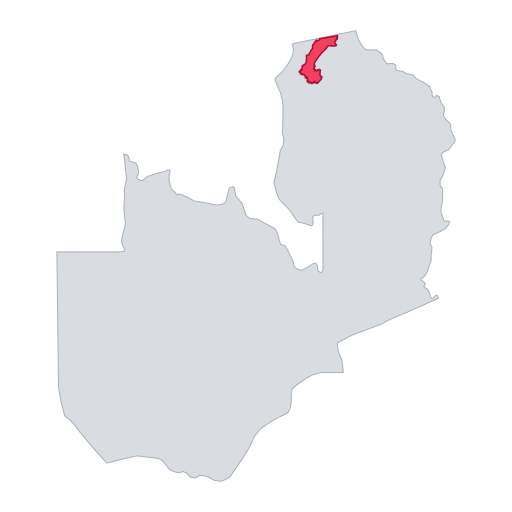 Kaputa, Northern, Zambia shown in context
{"feature_id": "96606910B91372429992286", "entity_name": "Kaputa", "entity_type": "district", "adm_level": 2, "iso_a3": "ZMB", "parent_name": "Zambia", "parent_adm1": "Northern", "projection": "equal_earth", "projection_center": [29.552, -8.814], "detail": "fine", "context": "in_parent", "style": "filled", "palette": "rose", "viewbox_px": 512, "rotation_deg": 0, "n_neighbors": 0, "source": "geoboundaries", "source_scale": "gbopen_adm2", "svg_char_len": 7726}
<svg xmlns="http://www.w3.org/2000/svg" viewBox="0 0 512 512"><path d="M343.2,372.5L320.7,372.6L312.5,374.9L305.7,378.6L297.7,384.2L293.0,388.2L291.8,390.4L291.1,395.2L291.2,402.6L290.3,408.0L287.9,412.9L275.7,418.8L267.8,423.7L260.0,429.4L254.1,436.9L250.1,446.0L243.4,457.3L229.5,477.5L221.4,481.3L214.6,480.4L206.3,476.2L199.8,475.4L195.0,478.0L190.5,477.2L186.4,473.0L182.9,471.4L180.2,472.6L176.6,472.4L170.1,470.1L164.4,462.9L161.4,459.9L159.0,458.7L152.3,457.6L136.8,455.9L120.8,459.5L106.8,463.1L92.3,447.1L78.2,430.1L75.3,425.7L70.0,420.0L66.2,417.3L64.7,415.8L60.8,400.7L58.5,386.7L56.9,251.9L120.3,251.9L124.4,251.3L124.6,249.8L121.6,242.6L121.7,240.0L122.5,235.1L125.2,225.3L125.3,222.1L124.0,211.4L124.0,205.4L124.7,193.3L124.2,189.2L125.7,183.8L126.2,180.2L126.7,178.7L126.0,174.5L124.6,160.2L123.8,154.1L127.7,155.0L128.9,158.0L129.7,161.2L131.4,161.4L136.0,163.3L137.5,166.0L138.6,171.8L138.0,174.7L136.6,177.1L138.0,179.2L141.1,180.6L142.9,180.2L147.9,176.3L152.6,174.8L155.0,173.8L165.5,171.2L167.6,169.8L169.1,169.8L170.1,170.9L169.2,175.0L168.9,178.6L170.3,185.5L171.3,188.7L173.4,191.0L175.0,192.2L176.8,194.6L180.5,194.2L188.5,197.7L191.0,199.3L194.4,200.9L196.8,201.5L205.1,202.7L213.9,204.7L218.4,204.9L221.6,204.4L223.9,203.4L225.3,202.3L225.9,201.3L229.1,188.3L230.8,187.3L233.0,186.6L234.3,187.8L235.7,196.0L242.1,203.4L244.2,209.6L245.8,214.9L247.2,216.4L249.6,218.2L253.5,218.8L256.9,219.0L274.0,228.1L275.8,229.7L277.9,234.6L279.2,240.0L280.6,244.3L282.8,245.1L284.7,245.5L286.7,248.4L288.1,251.0L293.2,261.6L293.9,265.9L296.4,268.7L299.7,269.9L302.7,270.0L304.5,268.8L308.9,266.6L312.2,264.1L314.7,263.2L316.2,263.7L317.3,265.5L318.0,270.8L320.4,272.6L322.2,271.9L322.9,269.8L323.0,268.7L322.9,213.1L321.4,213.5L319.4,215.1L314.9,215.3L313.2,216.4L312.6,218.2L313.0,220.5L313.0,223.7L312.4,225.2L310.4,225.7L307.6,224.5L302.4,222.9L298.0,222.0L294.9,217.8L290.7,211.5L288.0,208.3L281.3,201.7L280.2,200.4L278.2,197.3L276.4,192.1L274.8,186.1L273.9,182.2L275.5,176.3L279.3,157.0L280.2,150.9L283.4,144.8L283.7,139.3L282.4,132.3L282.7,128.4L283.1,106.2L282.2,99.2L280.0,91.4L275.2,80.6L275.2,78.3L282.6,71.3L284.8,68.6L288.7,62.9L291.3,58.1L292.9,54.1L293.5,49.0L292.2,44.2L294.8,43.2L355.8,30.7L356.6,34.1L358.5,39.6L360.6,43.6L363.2,47.2L365.4,49.4L366.9,50.0L376.3,49.8L379.7,52.0L382.6,54.7L383.3,59.0L385.3,61.6L387.3,63.7L388.2,64.0L389.8,63.5L392.3,63.4L394.6,64.3L395.7,65.3L395.8,68.8L396.5,70.4L399.7,71.0L402.9,71.3L406.1,73.7L409.4,74.2L413.3,75.1L415.2,77.7L419.3,80.4L424.4,82.8L430.0,86.7L430.1,87.9L431.0,90.3L432.0,91.9L432.1,94.4L432.5,96.6L433.9,97.2L435.1,97.4L436.2,95.7L437.7,95.8L439.4,96.8L439.9,99.4L441.2,102.9L443.2,105.4L444.6,107.7L444.1,111.9L443.2,115.8L446.0,119.6L449.7,123.2L450.6,124.8L450.9,130.2L451.5,132.0L453.9,136.5L455.1,139.5L455.0,141.2L448.3,150.1L444.2,151.4L442.4,153.2L441.4,155.1L444.0,163.9L445.4,167.3L444.2,171.5L441.5,178.6L440.3,179.2L440.0,184.6L440.8,186.6L442.1,188.1L442.6,191.8L442.5,200.8L440.8,211.1L443.7,220.1L444.8,221.1L448.9,221.2L449.6,221.9L448.6,224.5L445.7,228.4L440.4,231.5L432.8,234.9L431.2,238.1L430.2,242.8L431.0,245.6L432.0,247.2L431.7,251.3L431.0,255.7L431.2,259.1L430.8,262.1L429.9,263.6L428.5,268.2L426.9,272.7L425.6,274.8L423.7,277.0L420.7,278.8L420.7,279.7L424.1,281.9L425.0,283.3L425.3,284.3L423.8,286.6L425.4,288.0L427.3,289.2L429.1,292.2L431.1,298.0L431.5,298.6L432.1,298.6L433.2,298.0L435.3,295.7L436.8,294.9L438.6,298.2L407.0,312.3L399.6,315.2L388.5,320.2L384.9,322.1L382.0,323.9L352.7,334.9L348.1,337.1L337.7,342.8L337.3,343.7L337.5,346.2L338.4,351.5L340.2,356.4L341.7,359.1L342.7,366.2L343.2,372.5Z" fill="#d9dde1" stroke="#a8b0b8" stroke-width="1"/><path d="M299.5,72.4L299.6,72.5L299.7,72.4L300.1,72.5L300.3,73.1L300.8,73.3L300.8,73.5L301.1,73.7L301.1,73.3L301.3,73.5L301.5,73.5L301.5,73.9L301.8,73.7L301.9,73.8L301.9,74.0L301.7,74.1L302.3,74.3L302.1,74.3L302.3,74.7L302.7,74.7L302.7,74.8L302.9,74.8L303.6,74.4L303.9,74.4L304.3,74.6L304.5,75.4L305.0,75.8L305.1,76.5L305.5,76.9L305.5,77.1L305.7,76.9L305.8,76.8L306.0,77.3L306.0,77.5L306.2,78.0L306.3,78.1L306.5,77.9L306.8,77.5L307.0,77.3L307.2,77.9L307.3,78.0L307.1,78.4L307.1,78.6L307.4,78.8L307.5,79.1L307.5,80.0L307.2,80.7L307.3,81.1L307.2,81.5L307.3,81.8L307.5,81.8L307.5,81.6L307.8,81.5L307.8,81.3L308.0,81.4L308.2,81.5L308.4,81.4L308.3,81.5L308.5,81.4L308.8,81.4L308.8,81.5L309.0,81.8L308.9,81.9L309.1,81.9L309.2,82.0L309.2,82.3L309.3,82.2L309.4,82.4L309.5,82.2L309.7,82.3L309.7,82.5L310.0,82.8L310.3,82.8L310.6,82.8L310.8,82.6L311.0,82.8L311.2,83.0L311.2,82.9L311.3,83.0L311.4,82.9L311.6,82.9L311.9,82.7L312.1,82.6L312.3,82.8L312.3,82.7L312.5,82.7L312.8,82.7L313.0,82.6L313.3,82.7L313.5,82.7L313.7,82.4L313.8,82.3L313.9,82.2L314.0,82.0L314.1,81.9L314.3,81.8L314.4,82.0L314.4,81.9L314.5,82.0L314.5,81.9L314.6,82.0L314.7,81.9L314.7,82.1L314.8,82.0L314.8,81.8L314.9,82.0L315.0,82.1L315.1,82.3L315.3,82.5L315.4,82.4L315.7,82.5L315.8,82.7L315.9,82.9L316.0,82.9L316.3,82.9L316.3,83.0L316.3,82.9L316.6,82.9L316.6,82.7L316.6,82.8L316.9,82.9L316.9,83.0L317.0,83.0L317.1,82.6L317.3,82.8L317.3,82.6L317.5,82.7L317.6,82.8L317.8,82.8L321.6,78.8L321.5,78.5L321.4,77.8L321.7,77.6L321.7,77.3L321.7,77.2L321.6,77.3L321.5,77.2L321.4,76.7L321.2,76.6L320.9,76.4L320.9,76.5L320.6,76.2L320.4,75.8L320.3,75.7L320.4,75.4L320.3,75.2L320.2,75.1L320.1,74.8L320.1,74.6L320.0,74.4L319.7,73.9L319.9,73.7L320.0,73.6L320.0,73.3L319.9,73.3L320.0,73.1L320.0,72.9L320.2,72.7L320.1,72.3L320.0,71.8L320.1,71.7L320.1,71.3L320.3,71.0L320.3,70.8L320.3,70.6L320.4,70.2L320.2,69.9L319.8,69.7L319.4,69.4L319.1,69.6L318.9,69.7L318.7,69.9L318.5,70.0L318.3,69.8L318.2,69.9L318.0,70.0L317.9,69.9L317.7,70.2L317.4,70.1L317.4,70.3L317.2,70.3L317.1,70.6L316.9,70.5L316.6,70.5L316.4,70.7L316.1,71.0L315.5,70.7L315.2,70.5L315.2,70.4L315.1,70.5L314.9,70.4L314.9,70.6L314.7,70.6L314.5,70.1L314.4,70.0L314.4,69.9L314.3,69.5L314.3,69.3L314.4,69.1L313.9,68.8L313.7,68.8L313.7,68.7L313.8,68.4L313.9,68.1L314.0,68.1L314.3,67.9L314.3,67.7L314.4,67.4L314.4,67.0L314.3,66.8L314.4,66.6L314.5,66.6L314.4,66.3L314.5,66.2L314.4,66.1L314.6,66.0L314.8,66.0L314.7,65.7L314.9,65.6L314.9,65.4L314.8,65.2L314.6,64.9L314.1,63.9L315.0,62.0L318.7,56.6L321.8,52.7L326.1,48.7L326.4,48.4L326.2,48.1L326.3,47.8L326.4,47.6L326.5,47.4L326.8,47.0L327.1,46.7L327.4,46.9L327.6,46.7L327.7,46.4L328.1,45.8L330.1,45.8L330.2,45.6L330.8,45.5L331.2,45.9L331.7,46.1L332.5,45.8L332.9,45.8L333.8,46.1L334.1,46.0L334.6,46.0L334.9,46.0L336.0,45.6L336.4,45.3L336.4,44.7L336.0,44.3L335.5,43.9L335.2,43.5L334.9,43.4L334.8,43.0L334.7,42.8L334.7,42.6L335.0,41.8L335.5,41.3L335.8,40.4L335.7,40.2L335.8,40.1L336.0,39.9L336.1,39.7L336.3,39.7L336.4,39.4L336.5,39.4L336.8,39.2L336.9,38.7L337.0,38.7L337.0,38.4L337.1,38.5L337.1,38.2L337.3,38.1L337.3,37.8L337.5,37.7L337.5,37.4L337.5,37.1L337.4,37.0L337.4,36.7L337.4,36.3L337.3,36.2L337.3,35.7L319.6,38.8L319.5,39.0L319.1,39.9L318.7,40.2L318.4,40.4L317.8,40.5L317.6,40.6L317.2,41.0L316.7,41.1L316.2,40.2L314.2,43.2L314.0,43.6L313.9,44.0L312.8,44.9L312.5,45.9L312.5,46.5L312.5,47.2L312.6,47.8L312.5,48.6L312.3,48.9L311.9,49.3L311.5,50.0L310.9,50.4L310.8,50.6L309.8,53.0L309.1,53.6L308.5,55.2L308.3,55.3L306.8,55.2L306.5,55.3L306.4,55.9L306.6,58.6L306.6,59.0L306.4,59.5L306.5,59.9L306.2,61.0L306.2,61.4L306.3,61.6L306.1,62.3L305.7,63.1L305.3,63.7L304.8,64.5L304.4,64.8L304.3,64.7L304.1,64.9L303.6,64.9L302.5,65.6L302.3,66.3L302.2,66.4L302.3,66.5L302.2,66.8L302.3,67.1L302.2,68.0L301.8,68.4L301.8,69.0L301.8,69.3L301.8,69.6L301.8,69.8L301.7,69.9L301.7,70.0L301.5,70.3L301.1,70.0L300.9,70.0L300.8,69.8L300.6,69.9L300.3,70.3L300.3,70.5L300.3,70.8L300.2,70.9L300.1,71.0L299.9,71.0L299.8,71.3L300.0,71.3L300.0,71.5L299.5,71.6L299.7,71.9L299.4,72.2L299.5,72.4Z" fill="#f43f5e" stroke="#9f1239" stroke-width="1.5"/></svg>